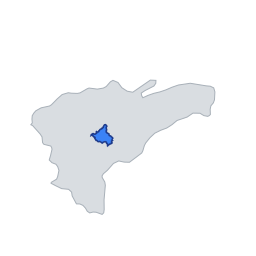 Constanza, La Vega, Dominican Republic shown in context, rotated 330°
{"feature_id": "3306468B51834332245466", "entity_name": "Constanza", "entity_type": "district", "adm_level": 2, "iso_a3": "DOM", "parent_name": "Dominican Republic", "parent_adm1": "La Vega", "projection": "orthographic", "projection_center": [-70.661, 18.86], "detail": "fine", "context": "in_parent", "style": "filled", "palette": "blue", "viewbox_px": 256, "rotation_deg": 330, "n_neighbors": 0, "source": "geoboundaries", "source_scale": "gbopen_adm2", "svg_char_len": 5083}
<svg xmlns="http://www.w3.org/2000/svg" viewBox="0 0 256 256"><g transform="rotate(330 128 128)"><path d="M45.4,167.9L45.7,158.9L47.1,155.3L45.9,151.4L40.2,147.3L36.7,142.1L33.7,137.4L34.4,136.7L40.6,136.6L42.8,134.9L47.0,130.2L47.8,126.3L47.5,123.4L44.8,120.0L43.8,116.3L47.1,113.2L51.5,108.5L52.1,106.8L52.1,105.0L47.0,100.1L46.7,98.0L49.1,92.7L48.9,89.2L46.6,78.2L45.5,76.6L47.7,75.7L49.2,72.4L51.2,69.5L53.9,68.0L56.8,67.0L62.8,67.1L71.0,69.7L73.3,69.6L81.2,67.4L87.7,66.1L93.9,67.6L96.3,69.5L101.4,72.7L104.0,73.6L112.0,73.6L114.2,73.9L120.9,79.0L126.6,81.1L129.9,81.2L135.8,79.2L138.8,79.2L142.1,83.6L142.8,90.0L145.7,95.7L150.0,99.4L171.3,97.7L176.0,100.7L174.4,103.2L171.4,104.6L161.3,104.1L156.9,104.4L156.0,106.9L156.0,109.2L161.9,109.8L167.7,110.9L173.7,112.7L179.7,113.9L186.5,114.7L193.2,116.0L204.3,120.4L216.8,130.6L220.1,132.9L222.3,136.1L221.3,140.2L217.0,146.8L214.5,148.9L210.9,150.2L208.5,152.9L206.1,157.5L204.6,157.9L202.9,157.8L199.9,155.2L197.7,151.2L191.7,147.6L184.7,148.1L174.2,146.0L167.9,147.1L161.6,147.4L155.1,146.3L148.6,145.9L142.1,147.4L135.9,149.8L133.5,151.3L129.5,155.1L127.4,156.5L112.1,158.4L107.6,155.6L103.5,151.9L97.7,151.4L89.1,154.3L83.8,155.3L81.6,156.5L80.9,158.0L80.9,163.2L79.7,166.3L71.3,178.3L66.6,186.7L64.6,189.3L62.4,189.9L58.3,185.0L55.7,183.3L52.4,182.4L51.1,179.8L51.1,176.1L50.3,172.5L48.3,169.7L45.4,167.9Z" fill="#d9dde1" stroke="#a8b0b8" stroke-width="1"/><path d="M102.1,133.1L102.3,133.1L102.5,133.0L102.8,133.0L103.3,133.0L103.6,132.9L103.8,132.8L104.0,132.8L104.4,132.8L104.5,132.9L104.8,133.1L105.0,133.1L105.5,133.1L106.2,133.1L106.4,133.1L106.5,133.1L106.8,132.9L106.8,132.7L106.7,132.5L106.6,132.3L106.5,132.1L106.6,131.9L106.8,131.9L107.0,131.9L107.1,131.7L107.4,131.3L107.4,131.1L107.5,131.1L107.9,131.1L108.0,131.1L108.2,130.9L108.3,130.9L108.2,130.7L108.2,130.4L108.3,130.2L108.5,129.9L109.0,129.6L109.4,129.4L109.6,129.3L109.8,129.2L109.8,128.9L109.7,128.6L109.6,128.3L109.5,128.0L109.5,127.9L109.5,127.7L109.2,127.4L109.1,127.2L109.1,126.7L109.1,126.3L109.0,126.2L108.9,126.1L108.6,125.8L108.5,125.7L108.3,125.6L108.2,125.5L108.1,125.3L108.0,125.1L108.0,124.9L108.1,124.7L108.2,124.4L108.3,124.2L108.5,123.9L108.6,123.7L108.5,123.4L108.4,123.3L108.3,123.1L108.1,123.0L108.1,122.9L108.0,122.6L107.9,122.4L107.7,122.3L107.6,122.1L107.5,121.8L107.5,121.7L107.4,121.6L107.2,121.5L107.1,121.4L107.1,121.2L107.1,120.6L107.1,120.4L107.4,120.1L107.6,120.1L107.8,120.0L107.8,119.9L107.9,119.4L108.0,119.3L108.0,119.2L108.3,119.2L108.5,119.0L108.6,118.9L108.7,118.6L108.8,118.5L108.8,118.2L108.9,117.9L108.9,117.6L109.0,117.5L109.0,117.4L109.2,117.2L109.3,116.9L109.5,116.6L109.5,116.4L109.9,116.3L110.0,116.2L110.3,116.1L110.5,116.0L110.6,115.9L110.5,115.6L110.5,115.4L110.6,115.2L110.6,114.9L110.4,114.5L110.3,114.4L110.3,113.9L110.2,113.8L109.7,113.6L109.3,113.5L109.1,113.5L108.9,113.6L108.7,113.7L108.5,113.8L108.4,113.9L108.2,114.0L107.8,114.2L107.7,114.3L107.5,114.5L107.4,114.5L107.2,114.5L107.0,114.8L107.1,115.0L106.9,115.2L106.7,115.2L106.2,115.2L105.9,115.2L105.8,115.3L105.6,115.4L105.5,115.5L105.4,115.5L105.3,115.4L105.2,115.3L105.2,115.2L104.7,115.4L104.6,115.5L104.5,115.4L104.3,115.4L104.1,115.3L103.1,115.3L102.9,115.3L102.5,115.6L102.2,115.7L102.1,115.8L101.8,115.8L101.6,115.8L101.3,116.0L101.2,116.0L101.0,116.4L100.9,116.4L100.8,116.5L100.7,116.5L100.3,116.5L100.2,116.5L100.1,116.4L99.7,116.3L99.6,116.2L99.3,116.2L99.2,116.2L99.1,115.8L99.1,115.7L98.9,115.6L98.7,115.5L98.7,115.4L98.5,115.5L98.4,115.7L98.4,115.8L98.5,115.9L98.5,116.0L98.5,116.3L98.5,116.5L98.3,116.8L98.2,116.8L97.6,116.8L97.4,116.8L97.1,116.9L97.0,117.0L96.9,117.0L96.8,116.9L96.5,116.8L96.1,116.8L96.0,116.7L95.9,116.6L95.6,116.1L95.3,115.7L95.2,115.5L95.1,115.4L94.9,115.3L94.6,115.3L93.6,115.3L93.4,115.3L93.2,115.4L92.9,115.4L92.6,115.6L92.4,115.9L92.3,116.0L92.6,116.0L92.9,116.0L93.1,116.0L93.3,116.1L93.6,116.4L93.7,116.5L93.8,116.5L94.0,116.7L94.0,116.8L93.9,117.0L93.7,117.2L93.7,117.3L93.6,117.5L93.7,117.8L93.8,118.1L93.8,118.3L93.9,118.5L94.2,118.7L94.3,118.9L94.4,119.0L94.4,119.3L94.5,119.4L94.7,119.5L94.7,119.8L94.5,120.0L94.4,120.0L94.1,120.0L94.1,120.4L94.1,120.5L94.1,120.8L94.1,121.4L94.1,121.6L94.2,121.9L94.2,122.0L94.2,122.3L94.1,122.5L94.1,122.8L94.4,123.0L94.7,123.1L94.8,123.4L95.0,123.7L95.0,123.8L95.0,124.1L95.1,124.4L95.2,124.7L95.2,124.8L95.3,124.9L95.4,125.0L95.5,125.0L95.8,125.2L96.1,125.3L96.3,125.4L96.7,125.4L96.8,125.5L97.0,125.7L97.0,125.8L97.0,126.0L97.2,126.3L97.5,126.6L97.6,126.8L97.7,127.1L97.8,127.4L97.9,127.6L97.9,127.8L98.0,127.9L98.0,128.0L98.3,128.2L98.4,128.3L98.7,128.2L98.8,128.1L99.2,127.9L99.3,127.9L99.6,127.9L99.9,128.0L100.2,128.1L100.3,128.1L100.5,128.2L101.0,128.2L101.2,128.3L101.4,128.4L101.4,128.5L101.5,128.7L101.6,128.9L102.0,129.1L102.2,129.4L102.2,129.5L102.2,129.9L102.0,130.2L101.8,130.4L101.8,130.5L101.9,130.9L102.2,131.3L102.3,131.6L102.3,131.8L102.2,132.0L101.9,132.1L101.8,132.3L101.7,132.6L101.7,132.8L101.5,133.0L101.4,133.1L101.5,133.2L101.5,133.3L101.7,133.2L101.9,133.1L102.1,133.1Z" fill="#3b82f6" stroke="#1e3a8a" stroke-width="1.5"/></g></svg>